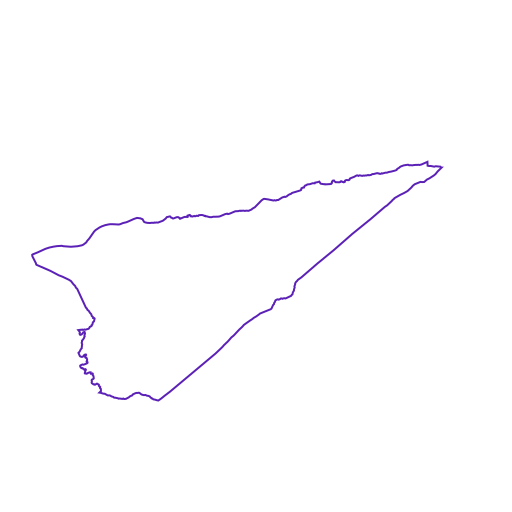 the district of Be'er Sheva, HaDarom, Israel, rotated 246°
{"feature_id": "584046B9730835639199", "entity_name": "Be'er Sheva", "entity_type": "district", "adm_level": 2, "iso_a3": "ISR", "parent_name": "Israel", "parent_adm1": "HaDarom", "projection": "equal_earth", "projection_center": [34.955, 30.496], "detail": "fine", "context": "isolated", "style": "outline", "palette": "violet", "viewbox_px": 512, "rotation_deg": 246, "n_neighbors": 0, "source": "geoboundaries", "source_scale": "gbopen_adm2", "svg_char_len": 5977}
<svg xmlns="http://www.w3.org/2000/svg" viewBox="0 0 512 512"><g transform="rotate(246 256 256)"><path d="M260.6,63.5L258.7,64.0L257.5,63.9L256.8,63.2L255.7,63.2L255.3,63.7L255.3,64.3L255.7,66.0L256.5,67.0L256.4,68.3L256.3,68.5L254.8,68.3L253.1,66.9L252.1,66.7L251.8,66.1L251.1,65.6L250.2,64.3L250.0,63.6L249.6,63.2L249.4,62.6L248.3,62.1L247.6,61.4L246.0,61.3L245.3,60.7L244.2,60.2L243.6,59.7L242.6,59.3L242.0,57.9L240.4,56.0L239.7,54.4L236.2,54.4L235.6,54.7L234.6,55.9L234.5,57.1L235.3,58.5L235.5,59.5L235.4,60.1L235.1,60.6L234.7,60.6L234.0,59.1L233.3,58.8L232.4,58.9L232.1,59.7L230.7,59.7L229.7,59.5L228.5,58.3L228.2,58.3L227.6,58.9L227.2,58.8L226.9,58.6L226.7,57.9L226.7,56.2L226.9,54.1L227.5,53.4L227.5,51.3L227.4,50.9L227.1,50.6L225.8,50.5L224.6,50.9L224.3,51.7L223.7,51.8L223.3,52.6L222.0,52.9L221.9,54.2L221.2,54.3L220.7,53.5L219.1,52.3L218.5,51.9L218.1,52.1L217.7,53.2L217.3,53.5L217.5,55.2L217.4,56.6L217.0,57.6L215.9,57.2L215.5,57.3L215.2,58.9L214.6,59.0L213.7,58.4L212.4,58.7L210.2,58.0L209.9,57.5L209.8,55.9L209.4,55.3L208.2,55.1L207.3,54.4L206.6,54.3L204.9,55.3L204.7,55.9L204.3,56.0L203.9,56.5L204.1,58.8L202.4,60.1L201.5,59.7L200.9,59.7L200.2,60.3L199.7,60.4L199.3,59.9L198.7,59.8L197.7,60.2L195.6,59.4L194.9,57.4L194.4,58.2L192.4,60.5L191.7,61.8L189.0,63.8L188.3,65.4L187.7,66.1L186.6,66.8L185.3,68.3L184.3,68.8L184.0,69.5L182.2,72.0L181.6,72.4L181.3,73.4L179.8,75.8L179.8,76.7L179.0,77.3L178.4,79.1L178.6,82.3L179.1,84.1L179.0,86.2L179.7,87.4L179.7,89.7L179.6,90.9L179.0,92.2L178.8,93.2L178.4,93.8L176.0,95.1L175.7,95.6L175.3,95.9L174.5,97.0L174.0,98.5L172.8,99.5L171.9,100.9L170.9,101.8L169.4,102.2L168.8,102.8L168.3,102.8L167.7,103.5L166.8,103.9L165.8,105.4L164.7,106.6L163.7,108.0L164.3,111.2L165.6,116.1L167.0,122.1L183.4,179.5L186.5,188.2L187.6,190.5L189.4,195.6L191.6,200.3L192.5,203.5L195.6,210.8L196.8,214.4L198.0,217.0L199.5,224.5L199.9,227.1L200.4,228.7L200.7,231.6L201.5,235.4L201.8,236.2L201.4,247.8L201.7,248.8L204.3,251.7L204.6,252.7L206.0,253.8L206.4,254.7L207.4,255.5L207.6,255.9L207.7,257.7L207.5,258.4L207.0,258.8L206.8,259.9L207.1,261.4L206.7,262.3L206.2,262.6L206.0,264.5L205.2,265.8L205.3,271.8L206.0,272.9L206.1,273.7L207.8,274.9L209.0,276.6L210.0,277.1L211.5,278.5L212.7,278.8L214.1,280.2L214.7,280.4L215.6,281.3L216.2,282.4L216.5,283.4L217.2,284.6L218.0,288.7L224.2,309.2L229.7,329.3L237.0,352.9L243.1,375.7L248.5,393.8L248.9,396.3L251.1,402.6L251.7,403.7L251.9,404.9L252.5,406.0L253.2,412.8L253.3,416.7L253.7,420.9L255.4,425.9L256.3,427.6L257.0,430.1L256.8,436.4L256.1,437.5L255.2,439.7L256.3,443.3L256.4,445.9L257.3,451.6L257.9,453.5L259.3,456.2L261.3,461.5L261.5,461.1L262.6,460.8L264.9,456.7L265.1,455.2L267.2,452.2L267.9,450.6L268.7,449.5L272.3,450.9L272.3,444.2L272.7,442.3L273.3,441.4L273.7,440.1L274.1,439.4L274.9,437.1L275.2,435.8L276.3,433.7L276.6,432.8L277.4,432.2L277.8,431.2L278.7,427.8L278.9,424.9L278.8,423.8L278.4,422.7L278.1,420.4L277.4,419.4L277.5,417.6L278.2,413.5L278.7,411.6L278.9,409.5L279.5,408.0L280.0,404.7L280.4,404.5L280.4,403.2L280.7,402.5L281.2,402.1L281.7,401.2L282.1,401.0L282.5,400.0L283.0,396.9L283.5,395.6L283.3,394.1L283.7,392.3L284.0,391.7L284.4,391.4L284.6,389.7L285.1,388.6L285.4,387.4L285.8,386.9L286.0,385.6L287.4,383.7L287.6,383.1L287.5,382.2L288.4,381.4L288.6,380.9L288.6,379.8L288.4,378.0L288.6,373.5L288.4,373.0L287.9,372.7L287.6,372.2L287.7,371.1L288.5,369.9L288.7,368.9L288.6,368.0L287.6,367.3L287.6,366.5L287.8,365.9L288.3,365.7L288.6,364.9L289.4,364.6L289.7,364.1L289.7,363.5L289.3,362.9L289.4,362.3L291.0,358.8L292.3,358.1L293.2,358.0L293.5,357.4L293.6,356.8L293.1,355.8L292.6,355.6L292.4,355.1L291.6,354.8L291.3,354.1L291.4,353.4L293.3,348.3L293.6,348.2L294.0,347.2L295.6,344.7L296.0,344.4L298.2,344.1L298.4,342.3L299.0,339.8L298.5,339.2L299.4,337.5L299.7,334.5L300.5,331.9L300.2,330.9L300.4,329.7L299.9,328.5L299.1,327.8L299.0,327.6L299.4,326.8L299.4,325.2L298.9,325.0L298.6,324.3L298.0,324.0L297.9,322.9L298.9,315.0L298.9,314.3L298.5,313.0L298.7,311.7L298.5,310.2L298.0,308.2L298.0,307.0L298.1,306.6L298.5,306.3L298.8,303.9L298.1,299.1L298.6,298.0L298.6,296.8L298.9,296.2L299.4,295.7L299.6,294.5L302.9,289.9L304.9,286.7L305.0,286.0L304.6,283.8L301.0,274.8L300.7,272.0L300.3,270.9L300.3,267.6L301.4,265.5L301.7,264.2L302.5,263.0L303.3,261.0L303.3,260.5L303.9,259.9L304.2,258.1L305.3,255.2L305.4,249.0L305.7,247.4L306.4,246.9L306.8,245.0L306.9,239.1L307.4,237.2L309.2,233.1L309.6,231.0L310.4,229.4L312.3,227.1L312.8,226.1L313.2,226.1L313.5,225.3L314.0,225.1L314.3,224.5L314.8,224.2L315.5,223.2L316.5,220.5L316.1,219.5L317.0,218.0L316.9,217.1L317.4,215.9L317.7,215.8L317.9,214.0L318.2,213.5L318.6,213.3L318.7,212.7L318.9,212.4L320.1,212.4L320.5,212.1L320.7,210.1L320.4,210.1L319.5,209.5L319.6,209.0L319.9,208.9L320.2,208.3L320.2,207.8L320.8,206.5L320.9,201.8L321.7,201.8L322.0,201.3L322.9,201.0L323.5,200.0L323.7,199.3L323.9,195.7L324.1,195.3L325.1,194.7L325.5,194.1L326.9,193.7L327.2,193.5L327.8,190.2L327.0,188.9L326.1,185.3L326.4,180.0L327.2,178.5L327.5,177.2L327.8,177.0L328.1,175.5L328.7,174.5L329.3,172.5L330.6,170.0L332.0,168.2L332.8,167.6L335.8,167.3L336.6,166.4L337.3,165.9L339.2,162.8L339.5,159.5L339.5,152.5L339.6,151.0L340.2,148.0L340.3,144.8L340.6,143.4L343.3,138.1L344.3,135.9L344.8,134.2L345.5,130.9L345.8,127.3L345.7,124.6L344.9,119.9L344.2,118.1L339.9,111.0L338.2,107.4L337.5,106.6L336.6,102.9L336.6,101.2L337.5,97.0L339.7,90.7L343.3,84.0L344.3,82.7L346.0,78.1L346.9,74.8L347.8,70.5L348.2,66.5L348.1,57.8L348.3,52.7L348.1,52.0L346.6,51.6L338.8,52.0L337.9,51.8L337.2,51.9L326.2,62.0L318.7,67.9L315.8,70.8L310.4,75.4L308.3,76.8L304.5,77.7L302.2,78.6L300.4,78.6L298.7,79.3L278.0,79.6L277.0,80.1L275.4,80.1L273.9,80.9L271.7,81.2L269.9,81.8L267.9,81.6L266.3,82.3L265.6,82.0L265.3,82.7L264.8,83.1L264.4,83.1L262.1,81.3L262.0,80.5L261.2,79.5L260.4,79.1L259.7,78.2L259.6,77.6L259.1,77.4L258.9,77.2L258.8,75.3L258.1,74.5L257.6,73.4L258.1,70.1L258.3,69.6L258.7,69.3L258.8,67.9L259.5,67.3L259.6,66.5L260.0,65.6L260.6,63.5Z" fill="none" stroke="#5b21b6" stroke-width="2"/></g></svg>